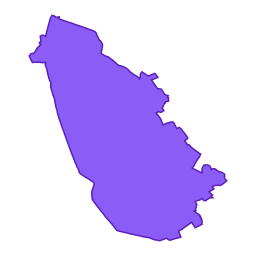 Stroiesti, Suceava, Romania
{"feature_id": "2599482B39658713506710", "entity_name": "Stroiesti", "entity_type": "district", "adm_level": 2, "iso_a3": "ROU", "parent_name": "Romania", "parent_adm1": "Suceava", "projection": "equal_earth", "projection_center": [26.132, 47.616], "detail": "fine", "context": "isolated", "style": "filled", "palette": "violet", "viewbox_px": 256, "rotation_deg": 0, "n_neighbors": 0, "source": "geoboundaries", "source_scale": "gbopen_adm2", "svg_char_len": 5590}
<svg xmlns="http://www.w3.org/2000/svg" viewBox="0 0 256 256"><path d="M126.8,232.9L131.3,234.1L132.2,234.2L135.7,235.0L140.5,236.0L143.2,236.8L146.9,237.3L149.6,237.8L150.3,238.0L152.1,238.9L152.9,239.2L154.4,239.7L155.7,240.0L157.0,240.1L159.3,240.6L160.1,240.6L163.3,239.4L165.4,238.7L166.8,238.3L167.7,239.1L168.6,239.7L169.4,240.1L169.7,240.2L170.8,240.0L175.2,238.6L176.8,238.2L180.5,237.3L180.7,237.2L180.8,236.9L180.8,236.6L178.7,231.8L178.5,231.2L182.3,229.2L183.0,228.4L184.4,227.4L188.1,224.8L191.7,222.3L195.1,227.7L198.2,226.3L202.1,224.2L202.0,223.7L201.9,223.4L202.1,222.3L202.2,222.0L202.1,221.7L202.0,221.1L201.6,220.8L201.5,220.6L201.4,220.4L201.4,220.2L201.7,220.1L201.8,219.9L201.9,219.5L201.8,219.2L201.6,219.0L201.4,218.3L201.2,218.2L201.0,218.3L200.7,218.3L200.3,217.7L200.2,217.4L200.4,217.1L200.3,216.9L200.3,216.7L200.5,216.6L200.4,216.4L200.0,216.5L199.9,216.5L199.6,216.1L199.9,215.7L199.9,215.4L199.7,215.2L199.4,215.3L199.1,215.2L199.0,214.8L198.9,214.3L198.8,214.2L198.3,214.1L195.5,212.2L193.9,211.1L194.0,210.9L194.5,210.9L194.8,210.6L195.0,210.6L195.3,210.7L195.6,211.0L195.8,210.9L195.9,210.4L195.9,210.2L195.7,209.5L195.7,208.7L196.1,207.5L196.7,205.1L196.7,204.3L196.7,204.0L196.5,203.5L195.3,202.2L195.5,201.5L195.7,201.1L196.1,200.9L197.7,200.6L199.8,200.0L201.0,199.1L201.8,198.7L202.3,198.6L203.4,200.1L203.9,200.4L204.3,200.6L204.8,200.7L205.6,200.7L206.0,200.6L206.4,200.0L206.7,199.8L207.5,199.3L208.4,198.8L208.9,198.3L209.3,198.1L209.7,198.0L210.3,197.9L212.8,197.8L211.1,196.2L212.6,195.1L209.0,191.9L214.0,188.9L212.2,186.7L214.7,185.6L215.5,185.4L220.1,185.4L220.6,185.3L220.9,185.2L221.4,185.0L223.2,183.7L226.8,180.8L224.9,178.7L224.7,178.3L224.5,177.6L224.4,177.3L224.5,177.1L224.7,176.2L224.7,175.5L224.7,175.1L224.4,173.9L223.4,173.3L222.6,172.9L221.8,172.4L221.6,172.3L220.6,172.2L220.4,172.1L219.8,171.7L218.4,171.3L217.6,170.8L216.7,170.4L216.6,170.2L216.4,169.7L216.1,169.5L215.5,169.1L214.0,168.7L212.9,168.7L212.4,168.9L211.3,169.6L211.1,168.8L210.1,166.4L209.6,165.8L208.2,165.1L207.2,164.9L204.7,165.0L204.2,165.3L203.9,165.2L203.2,166.1L202.1,168.4L202.0,169.3L202.0,173.0L192.3,168.2L192.3,167.9L192.5,167.5L193.0,167.1L193.8,166.1L194.8,164.0L196.2,161.8L196.8,160.7L198.0,158.8L199.0,157.6L199.5,156.8L199.9,155.9L200.6,153.9L200.0,153.8L195.8,150.7L192.6,148.4L190.3,146.2L188.9,144.6L187.8,145.2L184.7,140.6L187.2,139.1L187.7,138.2L187.6,137.9L186.6,136.1L186.2,135.4L184.9,133.8L184.0,132.5L182.4,130.7L181.3,129.0L179.4,127.6L179.0,127.4L176.7,128.5L176.0,127.2L174.8,124.6L174.2,123.5L173.4,122.5L173.1,122.0L171.9,121.9L170.4,122.2L169.5,122.4L168.6,122.9L167.7,123.0L166.8,123.2L165.4,123.7L163.2,125.0L161.3,120.5L160.9,119.4L160.5,118.7L160.2,118.1L156.1,112.8L158.3,111.7L160.7,112.3L162.1,111.8L163.4,110.8L163.9,110.6L162.2,108.0L163.6,105.5L163.7,104.6L164.2,103.9L164.6,103.0L165.0,103.2L165.5,102.0L166.3,101.7L167.1,101.4L168.5,101.2L168.5,99.8L168.4,97.5L167.4,97.3L168.2,95.6L164.9,94.7L161.3,89.1L157.8,88.6L157.4,88.5L157.0,87.9L151.5,80.0L157.9,77.4L157.8,77.0L154.9,73.4L148.2,76.0L141.9,71.8L141.5,72.4L140.5,73.8L140.4,74.0L140.2,77.2L139.6,78.8L138.8,77.8L137.7,76.9L136.6,76.0L135.1,75.2L133.7,74.5L132.6,73.7L131.3,72.5L130.4,72.0L129.9,71.7L129.3,71.1L128.3,69.7L127.4,69.0L125.7,67.9L123.3,66.7L122.4,66.3L119.4,65.5L118.3,65.0L117.8,64.8L116.8,63.9L116.0,63.0L115.5,62.6L113.4,60.8L112.7,60.1L110.4,58.7L109.4,57.8L108.5,57.0L107.6,56.7L106.4,56.3L105.1,55.8L103.0,54.6L101.5,53.6L101.1,53.3L101.1,53.2L101.4,51.6L101.8,49.9L102.1,48.6L102.4,46.6L102.6,45.4L102.6,45.2L102.5,44.8L101.8,42.9L100.9,41.5L100.4,40.8L99.5,40.2L98.9,39.6L98.1,37.2L97.7,36.5L97.1,35.7L96.8,34.9L96.6,34.3L96.5,33.5L95.4,32.0L94.4,31.3L91.3,30.1L79.4,25.8L78.8,25.7L74.5,24.2L71.5,23.1L65.5,21.2L63.4,20.4L61.2,19.6L60.1,19.3L59.3,19.1L59.2,18.9L59.2,18.6L59.4,18.1L59.4,17.8L59.2,17.2L59.2,16.8L59.1,16.7L58.9,16.6L58.7,16.7L58.6,16.8L58.7,17.0L58.0,17.3L57.4,17.1L56.7,17.6L56.1,17.4L55.7,16.8L55.5,16.7L54.9,16.6L54.3,16.0L53.2,15.5L52.6,15.5L51.9,15.4L51.0,17.2L50.7,17.8L49.9,19.7L49.1,22.8L46.3,33.3L45.6,36.3L44.2,35.6L43.4,35.2L43.0,35.2L42.3,35.2L41.8,35.3L41.7,35.6L40.2,36.1L41.0,42.0L39.9,42.1L39.5,42.6L39.5,43.5L40.9,44.3L36.6,48.6L36.8,49.1L35.3,51.2L34.6,52.1L33.7,53.4L31.3,53.6L31.0,53.7L30.5,54.1L30.2,54.5L30.0,55.1L29.6,55.6L29.2,55.9L30.3,58.4L32.3,62.5L36.2,62.2L37.2,62.3L37.7,62.4L38.6,62.3L39.8,62.3L42.4,62.7L45.5,62.4L45.4,62.7L45.3,63.6L45.3,64.0L45.4,64.5L45.3,65.2L45.4,65.5L46.0,66.7L46.3,67.6L46.5,68.2L47.0,69.5L47.0,70.1L47.2,71.0L47.3,72.0L47.7,73.2L47.8,74.1L48.7,77.3L48.8,77.9L49.1,78.6L49.7,80.8L49.9,81.1L50.6,81.7L50.6,81.9L50.7,82.3L50.8,82.5L50.9,83.1L50.9,83.3L51.0,83.6L50.9,84.4L50.7,84.7L50.6,85.2L50.8,85.6L50.9,85.8L51.0,86.0L51.1,86.3L50.9,86.7L50.7,87.0L51.0,88.3L51.3,89.4L51.5,89.9L51.8,90.6L51.9,91.2L52.2,92.3L53.1,95.3L53.7,96.7L54.5,99.0L54.7,99.4L54.8,100.2L54.7,100.8L54.8,101.2L55.0,101.8L55.0,102.3L55.5,104.8L55.5,105.1L56.2,108.0L57.1,109.9L57.0,110.8L57.2,111.9L58.1,115.2L58.9,118.0L61.4,125.1L62.0,127.0L63.1,129.9L66.6,139.6L68.2,144.2L71.5,153.1L72.5,155.7L75.9,164.1L76.5,165.4L77.0,167.0L77.2,167.4L77.7,168.0L78.1,168.7L79.2,171.5L79.1,172.3L79.6,172.9L80.6,173.9L86.2,177.7L86.7,178.0L87.1,177.9L94.0,182.8L94.0,184.3L93.7,185.9L92.0,190.6L91.7,192.3L91.7,193.4L91.9,196.0L92.4,199.8L93.0,199.7L93.2,200.5L93.5,201.1L94.1,202.2L102.0,212.3L102.4,212.8L102.6,212.9L103.5,214.0L105.0,216.2L105.8,217.1L106.6,218.1L111.7,223.8L116.7,230.2L117.0,230.4L117.9,230.8L120.2,231.4L126.8,232.9Z" fill="#8b5cf6" stroke="#5b21b6" stroke-width="1.5"/></svg>